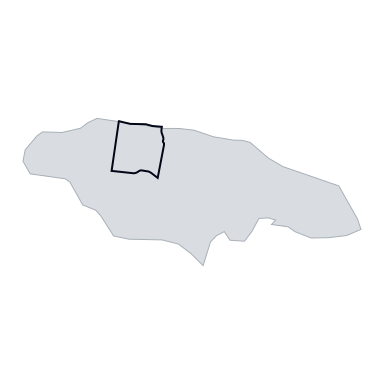 location of Trelawny within Jamaica
{"feature_id": "JAM-1375", "entity_name": "Trelawny", "entity_type": "Parish", "adm_level": 1, "iso_a3": "JAM", "parent_name": "Jamaica", "parent_adm1": "", "projection": "robinson", "projection_center": [-77.552, 18.351], "detail": "fine", "context": "in_parent", "style": "outline", "palette": "ink", "viewbox_px": 384, "rotation_deg": 0, "n_neighbors": 0, "source": "natural_earth", "source_scale": "10m", "svg_char_len": 1124}
<svg xmlns="http://www.w3.org/2000/svg" viewBox="0 0 384 384"><path d="M194.1,130.2L213.4,136.8L233.4,140.1L242.0,140.3L250.1,142.4L268.4,158.1L283.1,166.7L338.8,185.9L357.5,219.0L361.0,229.4L346.6,235.5L328.5,237.7L311.1,238.0L295.1,231.7L288.1,226.8L271.5,224.5L275.6,220.0L268.2,217.9L258.9,218.4L252.1,231.1L244.5,241.2L230.0,240.2L224.3,231.6L216.7,235.5L210.5,241.9L203.1,265.6L191.2,253.8L178.3,244.0L162.0,239.9L129.1,239.2L113.7,236.0L100.8,215.9L95.7,210.2L82.8,205.0L69.8,181.9L65.2,178.8L30.2,173.9L23.0,161.2L25.2,149.8L36.9,135.9L42.6,131.9L61.9,132.5L80.4,128.3L88.5,122.3L97.0,118.4L163.9,128.4L179.4,128.5L194.1,130.2Z" fill="#d9dde1" stroke="#a8b0b8" stroke-width="1"/><path d="M118.9,121.2L130.2,123.9L145.6,124.2L152.4,126.0L161.8,126.8L161.7,127.2L161.4,130.8L161.5,132.3L163.3,137.5L163.4,138.8L163.3,139.8L162.9,141.0L162.9,141.6L163.1,142.1L164.0,143.3L164.0,144.1L164.0,145.0L157.7,177.9L150.6,172.5L148.3,171.4L147.8,171.4L141.7,170.4L140.8,170.4L139.9,170.6L138.8,171.2L137.0,172.4L136.0,172.8L134.0,173.3L111.6,170.9L118.8,121.5L118.9,121.2Z" fill="none" stroke="#020617" stroke-width="2"/></svg>